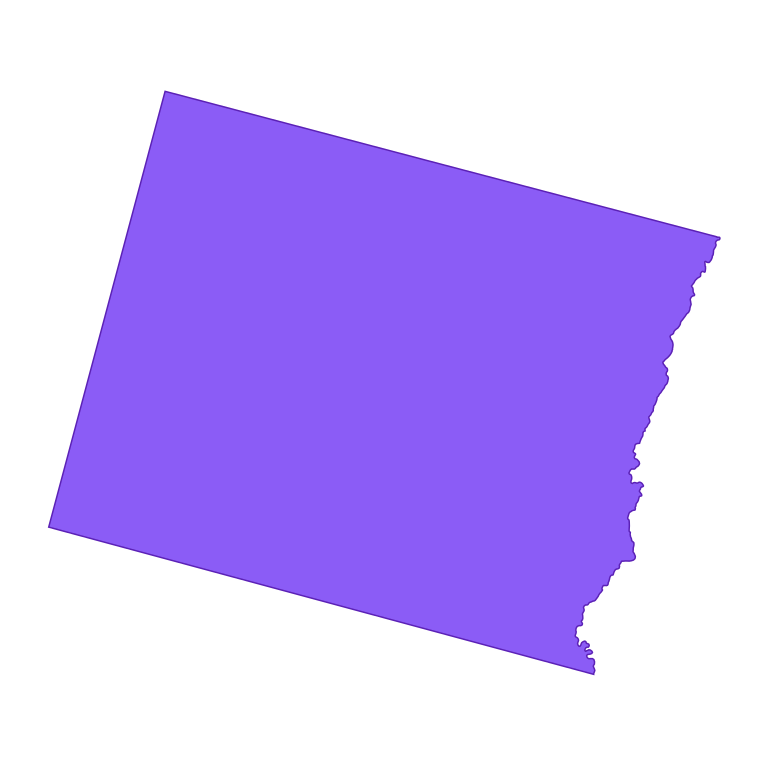 Lihuel Calel, La Pampa, Argentina (Natural Earth projection), rotated 284°
{"feature_id": "61730980B18005946349792", "entity_name": "Lihuel Calel", "entity_type": "district", "adm_level": 2, "iso_a3": "ARG", "parent_name": "Argentina", "parent_adm1": "La Pampa", "projection": "natural_earth1", "projection_center": [-65.125, -38.278], "detail": "fine", "context": "isolated", "style": "filled", "palette": "violet", "viewbox_px": 768, "rotation_deg": 284, "n_neighbors": 0, "source": "geoboundaries", "source_scale": "gbopen_adm2", "svg_char_len": 6170}
<svg xmlns="http://www.w3.org/2000/svg" viewBox="0 0 768 768"><g transform="rotate(284 384 384)"><path d="M611.3,368.5L615.0,100.8L164.0,93.3L153.0,657.7L153.8,657.5L156.9,657.9L158.1,657.3L159.9,655.9L160.7,655.4L161.7,655.4L163.1,655.9L165.4,655.5L167.4,654.3L168.0,652.7L167.4,650.5L167.0,649.3L167.4,647.8L168.3,646.9L169.4,646.4L170.7,646.8L171.9,649.6L172.8,650.8L174.0,651.2L175.0,650.4L175.8,648.6L175.7,647.1L174.8,646.0L174.0,644.9L173.5,644.5L173.6,643.9L173.9,643.5L174.8,643.2L175.7,643.3L176.7,643.6L177.4,644.2L177.9,645.2L178.0,645.8L178.8,646.3L179.9,646.4L181.0,645.8L181.4,644.5L181.3,643.7L181.4,643.1L182.1,642.7L182.8,642.2L183.1,641.4L183.0,640.7L182.6,640.1L181.8,639.2L180.8,638.4L179.6,638.2L178.1,638.1L176.9,637.5L176.8,636.5L177.5,635.5L178.7,634.7L180.0,634.6L181.0,634.7L182.2,634.8L183.5,634.2L184.2,633.4L184.6,632.8L184.8,631.9L185.2,630.9L185.8,630.5L186.6,630.4L189.0,630.6L190.4,630.3L190.9,629.9L191.9,629.6L193.5,629.5L195.5,630.1L196.7,631.6L197.1,633.3L197.8,634.3L198.6,634.6L199.5,634.5L200.4,633.8L201.1,633.0L202.2,632.9L203.1,633.6L204.8,633.6L207.4,632.8L208.5,632.3L209.3,632.2L210.6,632.5L211.9,632.9L213.1,632.9L215.0,631.9L215.7,631.6L217.0,631.9L218.3,632.9L218.6,634.1L218.9,634.8L219.4,635.3L220.3,635.6L221.1,635.9L221.8,636.4L222.4,637.3L222.9,638.2L223.5,638.7L223.8,639.2L224.4,640.5L225.2,641.3L227.8,642.4L229.9,643.2L231.6,643.5L233.1,644.1L234.4,644.9L236.6,645.8L237.1,645.8L237.7,645.2L238.6,644.9L239.5,645.0L241.1,645.4L241.5,645.6L241.7,646.0L241.8,646.9L242.1,647.8L242.2,648.6L242.8,649.5L243.5,649.8L244.5,649.8L245.6,649.6L246.8,649.9L249.1,650.0L250.8,649.9L252.4,650.2L253.6,651.0L253.8,651.8L254.3,652.5L256.7,652.6L258.3,652.9L259.8,653.4L260.7,654.4L260.9,655.0L261.4,655.9L262.2,656.7L262.8,656.7L263.9,656.7L264.2,656.6L265.0,656.2L265.7,656.2L268.0,657.1L269.4,657.3L269.7,657.9L270.1,659.4L270.7,661.0L271.2,663.3L271.5,664.8L272.3,666.7L273.4,668.5L274.7,669.5L275.8,669.8L277.5,669.6L278.4,669.0L279.4,668.2L279.9,667.9L281.2,666.5L281.8,666.1L283.0,666.0L285.2,665.5L287.6,665.5L288.9,665.3L289.6,665.0L290.1,665.0L290.4,664.8L290.7,664.4L291.0,664.0L291.2,663.4L291.4,663.0L291.8,662.6L292.1,662.1L292.5,661.9L292.8,661.9L293.4,661.6L294.0,661.3L295.7,660.0L296.4,659.8L297.2,659.3L299.7,658.9L299.9,658.5L299.9,658.3L300.5,657.5L301.5,657.2L305.6,656.4L309.6,655.3L310.7,654.9L311.5,654.4L312.0,653.3L313.0,652.8L317.6,653.0L318.7,653.3L318.9,653.5L319.5,653.9L319.8,654.3L320.1,654.6L320.7,655.0L321.1,655.5L321.9,656.7L322.2,657.6L322.6,658.1L323.8,658.1L324.6,657.6L325.2,657.6L326.6,657.9L327.4,657.8L328.3,657.6L329.4,657.8L330.6,658.4L331.7,658.7L332.5,658.9L335.5,658.9L336.2,658.9L336.9,659.3L337.5,660.6L337.9,661.0L338.5,661.0L339.4,660.5L339.7,660.1L340.7,658.9L341.6,657.8L342.7,657.7L343.4,658.0L344.1,658.2L345.4,658.2L346.1,658.6L346.3,658.7L346.7,659.6L347.1,660.0L347.4,660.3L347.8,660.4L348.1,660.3L348.8,659.7L349.8,658.6L350.1,658.1L350.4,657.4L350.6,656.6L350.6,655.8L350.2,655.0L349.4,654.2L349.0,653.4L349.1,651.9L349.0,650.9L348.3,649.7L347.6,649.2L347.6,648.9L347.7,648.0L348.0,647.6L348.3,647.4L349.6,647.1L351.5,647.3L352.4,647.2L353.5,646.9L354.4,646.5L355.0,646.1L355.5,645.7L355.9,645.0L355.8,644.3L356.3,643.5L357.2,643.2L360.2,643.9L361.4,644.8L362.1,647.6L363.0,648.4L363.9,648.6L364.5,649.1L365.3,649.9L366.0,650.5L367.6,651.1L368.6,651.2L370.3,650.3L372.0,647.8L372.2,646.8L372.2,645.6L372.6,645.1L373.3,644.6L374.8,644.6L376.0,645.0L376.7,645.1L377.2,644.8L377.6,643.8L377.9,642.7L378.8,642.1L380.0,642.0L381.9,642.6L382.9,642.6L384.3,642.4L385.6,642.4L386.6,642.9L387.3,643.8L387.8,644.9L388.1,645.8L388.3,646.3L390.4,646.4L393.3,646.8L396.1,647.6L398.2,647.4L398.9,647.1L399.7,647.1L400.6,647.4L401.2,648.0L401.6,648.7L403.5,648.1L404.2,648.2L405.4,649.1L406.7,649.6L408.6,650.0L410.7,650.9L411.8,651.0L413.1,650.5L414.3,649.7L415.6,649.0L416.3,649.0L418.6,650.3L421.2,650.8L422.2,651.5L423.4,651.7L424.3,651.4L425.5,651.3L426.4,651.3L427.7,651.0L429.7,651.9L432.0,652.3L434.1,652.5L435.6,652.5L437.0,652.2L437.7,652.5L438.5,653.1L441.0,653.7L441.9,654.3L442.9,654.8L444.8,655.4L448.3,656.9L450.0,657.0L450.6,657.3L451.3,657.5L451.7,657.9L452.5,658.3L453.1,658.5L454.0,658.6L455.3,658.7L456.2,658.6L457.7,658.6L458.4,658.5L459.0,658.2L459.8,657.7L460.2,657.3L460.8,655.9L461.3,655.6L462.3,655.3L463.1,655.2L464.1,655.4L464.5,655.7L465.2,655.8L465.8,655.8L467.0,655.4L467.8,654.8L468.1,653.9L468.7,652.9L469.3,652.4L470.2,651.3L470.7,650.5L471.4,650.0L471.7,649.7L472.6,649.3L473.9,650.1L475.7,650.9L477.0,651.9L478.2,652.8L481.1,654.4L483.1,655.1L485.3,655.6L485.9,655.4L487.2,655.6L488.0,655.4L488.6,655.3L489.3,655.3L491.1,655.1L492.1,654.9L492.9,654.6L494.6,653.8L494.9,653.4L495.6,653.0L496.9,651.5L498.2,650.7L499.4,650.0L500.5,650.3L501.3,651.0L502.1,652.0L503.2,652.6L505.1,652.7L506.5,653.3L508.1,654.4L509.3,655.5L511.9,656.6L512.7,656.8L513.6,657.0L515.4,656.9L516.6,657.1L518.4,658.0L520.2,658.8L521.1,659.1L522.1,659.6L525.4,660.8L526.9,662.0L527.7,662.3L529.0,662.6L529.4,662.6L529.8,662.7L531.1,662.6L531.7,662.5L533.3,662.5L534.0,662.6L535.5,662.7L536.1,662.5L537.2,661.9L537.5,661.9L540.0,660.7L540.9,660.7L542.4,661.0L543.1,661.4L544.2,662.3L544.6,663.4L545.3,663.8L546.1,663.6L547.0,662.6L547.9,661.9L549.0,661.4L550.0,661.2L551.2,660.7L552.3,660.0L552.9,658.9L553.5,658.6L557.3,660.3L559.2,660.7L560.4,661.2L560.9,661.6L562.1,662.3L562.4,662.4L563.6,663.7L564.9,664.9L565.4,665.0L566.6,664.9L567.4,664.4L568.4,664.6L569.3,664.9L570.0,665.4L570.3,665.9L570.4,666.6L570.1,667.4L570.1,668.0L570.3,668.3L571.1,668.4L573.6,668.1L575.0,667.7L575.6,667.6L576.2,667.0L577.4,666.7L578.9,666.1L579.8,665.8L580.4,665.8L580.7,666.2L580.7,666.8L580.2,667.9L580.3,669.1L580.6,670.0L581.3,670.5L583.7,671.5L585.7,671.8L586.9,671.8L587.6,671.6L588.2,671.8L588.8,672.1L590.9,671.9L593.8,671.4L597.4,672.5L599.2,672.6L600.0,672.2L600.8,671.6L601.9,671.5L602.9,671.7L603.8,672.3L604.2,672.7L604.6,673.3L604.8,674.0L605.1,674.4L605.6,674.7L606.8,674.7L607.2,674.4L607.4,674.2L607.5,673.8L607.5,673.5L607.3,673.0L607.1,672.5L607.0,672.1L607.0,671.7L607.1,671.3L607.3,671.3L611.3,368.5Z" fill="#8b5cf6" stroke="#5b21b6" stroke-width="1.5"/></g></svg>